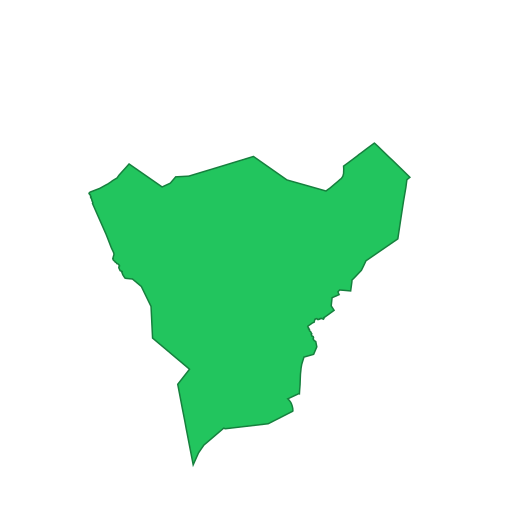 Holtålen nor, Sør-Trøndelag, Norway, rotated 325°
{"feature_id": "86288312B65745471966188", "entity_name": "Holtålen nor", "entity_type": "district", "adm_level": 2, "iso_a3": "NOR", "parent_name": "Norway", "parent_adm1": "Sør-Trøndelag", "projection": "orthographic", "projection_center": [11.18, 62.863], "detail": "fine", "context": "isolated", "style": "filled", "palette": "green", "viewbox_px": 512, "rotation_deg": 325, "n_neighbors": 0, "source": "geoboundaries", "source_scale": "gbopen_adm2", "svg_char_len": 4559}
<svg xmlns="http://www.w3.org/2000/svg" viewBox="0 0 512 512"><g transform="rotate(325 256 256)"><path d="M246.7,152.0L235.6,145.1L227.6,147.2L218.7,145.6L204.8,107.8L200.7,108.8L194.9,110.1L190.2,111.2L188.3,111.9L187.4,112.2L186.9,112.4L183.4,112.1L183.1,112.1L181.4,112.0L179.5,112.1L175.5,112.0L174.6,111.8L166.9,111.0L157.2,108.6L156.4,108.5L155.9,108.6L155.5,108.7L155.2,108.8L155.1,109.0L155.0,109.3L155.0,109.5L155.1,109.8L155.1,110.0L155.3,110.3L155.2,110.6L155.3,110.7L155.3,110.8L155.2,111.3L155.0,111.5L155.0,111.8L154.8,112.1L154.7,112.2L154.7,112.3L154.7,112.5L154.8,112.7L154.8,112.8L154.8,113.0L154.5,113.2L154.3,113.4L154.1,113.4L154.1,113.7L154.2,113.8L154.1,114.0L154.1,114.3L154.0,114.5L154.1,114.8L154.1,115.0L154.0,115.3L153.8,115.6L153.6,115.8L153.6,116.1L153.5,116.4L153.5,116.5L153.4,116.9L153.4,117.0L153.3,117.3L153.1,117.5L153.1,118.0L153.0,118.5L152.9,118.8L152.7,119.0L152.2,119.2L149.8,131.2L149.7,131.7L145.7,152.0L144.7,156.2L142.2,166.3L141.5,170.6L141.2,171.9L141.2,172.0L141.0,172.4L140.5,173.3L140.0,173.7L138.9,174.6L137.9,175.4L137.7,175.6L137.6,175.9L137.6,176.0L137.2,176.0L137.1,176.3L137.0,176.5L136.9,177.0L136.8,177.4L136.9,177.6L136.9,177.8L137.0,178.4L137.0,178.5L137.1,178.9L137.2,179.0L137.3,179.5L137.4,179.9L137.3,180.1L137.2,180.3L137.3,180.4L137.7,181.3L137.7,181.6L137.7,181.9L137.7,182.3L137.8,182.3L138.0,182.7L138.3,183.1L138.6,184.6L138.7,184.9L138.5,185.1L138.4,185.4L138.4,185.5L138.6,185.6L138.6,185.8L138.4,186.0L138.0,186.1L137.7,186.2L137.3,186.3L137.2,186.5L137.0,186.9L136.8,187.1L136.9,187.5L136.8,187.8L136.7,188.0L136.6,188.4L136.6,188.5L136.5,188.8L136.5,189.2L136.3,190.0L136.4,190.4L136.6,190.6L136.8,190.8L137.0,191.3L137.2,191.5L137.4,191.8L137.4,192.1L137.2,192.2L136.8,192.4L136.6,192.8L136.6,193.1L136.6,193.6L136.4,193.9L136.3,194.2L136.1,195.2L136.0,198.2L136.0,198.9L136.4,199.4L136.7,199.8L141.6,204.0L144.6,215.2L141.1,237.1L133.6,249.0L124.2,263.9L136.6,310.6L118.3,316.2L108.0,339.1L103.0,350.4L99.7,357.6L97.3,363.0L84.8,391.0L96.0,384.3L104.8,381.0L130.8,378.5L131.0,378.7L131.2,378.9L131.3,379.3L131.5,379.6L131.8,379.9L169.8,400.4L197.1,404.2L197.4,404.0L198.7,401.9L199.6,399.7L200.2,397.6L200.5,396.0L200.5,394.6L200.4,392.7L200.1,391.2L212.1,393.3L212.5,393.8L214.8,390.9L218.1,386.9L222.8,380.7L224.8,378.1L226.9,375.7L228.7,373.6L231.4,370.9L237.3,366.3L241.6,367.8L246.8,369.6L249.7,367.8L253.7,365.3L255.2,361.9L255.9,360.3L255.2,358.7L255.2,356.6L255.9,356.3L256.0,356.2L256.4,355.7L256.4,355.4L256.5,355.2L256.6,354.8L256.6,354.7L256.3,354.3L256.3,354.2L256.0,353.9L255.9,353.8L256.0,353.6L255.9,353.4L256.1,353.0L256.1,352.9L256.2,352.7L256.2,352.3L256.2,352.1L256.3,352.0L256.5,352.0L256.8,351.9L257.1,351.7L257.1,351.4L257.1,351.2L257.0,350.8L257.1,350.7L257.2,350.4L257.2,350.1L257.3,349.8L257.3,349.4L257.3,349.1L257.1,348.6L257.0,348.0L257.0,347.8L257.1,347.7L257.3,347.3L257.6,347.0L257.7,346.8L257.7,346.5L257.6,346.3L257.6,346.2L257.4,346.2L257.2,345.9L257.2,345.7L257.3,345.6L257.7,345.4L257.8,345.3L257.8,345.2L257.8,344.9L257.8,344.7L257.8,344.4L257.8,344.1L257.9,343.9L257.8,343.6L258.2,343.3L258.3,343.2L264.1,343.2L265.6,343.6L267.8,341.7L268.0,341.8L268.1,341.7L268.3,341.8L268.5,341.7L268.8,341.7L269.0,341.7L269.3,341.9L269.5,341.9L269.6,342.0L269.7,342.3L269.9,342.3L269.9,342.5L269.9,342.9L270.0,342.9L270.0,343.0L270.2,343.3L270.3,343.4L270.3,343.6L270.5,343.7L270.8,343.8L271.0,343.8L271.1,344.0L271.3,344.0L271.5,344.1L271.7,343.9L271.8,343.9L271.8,344.0L272.2,344.1L272.4,344.2L272.6,344.2L272.8,344.1L273.0,344.5L273.7,344.5L273.8,344.6L274.0,344.8L274.0,345.0L274.3,345.4L274.3,345.5L274.6,345.8L274.8,346.1L274.9,346.4L275.0,346.4L275.3,346.3L275.5,346.3L275.8,346.2L276.0,345.9L276.1,345.7L276.1,345.4L276.5,345.4L276.6,345.5L288.8,345.3L289.0,340.0L294.4,333.8L301.9,335.3L301.9,335.1L302.1,334.6L302.5,332.4L305.0,331.8L306.6,333.1L313.5,338.9L319.8,332.1L320.7,330.8L324.2,330.2L332.0,328.6L334.1,328.2L338.3,325.9L342.3,323.6L343.3,323.0L382.0,323.3L397.2,307.3L408.4,295.6L418.2,285.7L423.3,280.1L424.1,280.0L427.2,279.8L425.4,270.1L424.1,263.3L422.8,256.4L421.6,250.8L419.7,240.9L418.8,236.1L418.0,232.4L417.7,231.4L409.3,231.6L406.1,231.7L404.0,231.8L401.1,231.9L398.5,231.9L396.6,232.1L384.7,232.5L379.3,232.6L377.6,235.3L375.9,237.5L375.2,238.5L374.4,239.2L373.8,239.7L373.3,240.2L371.7,241.0L371.0,241.2L370.5,241.4L369.9,241.5L368.9,241.5L365.6,241.9L361.9,242.2L355.6,242.8L352.9,242.8L350.6,242.9L336.6,225.7L325.0,211.5L311.0,173.0L279.6,162.8L246.7,152.0Z" fill="#22c55e" stroke="#15803d" stroke-width="1.5"/></g></svg>